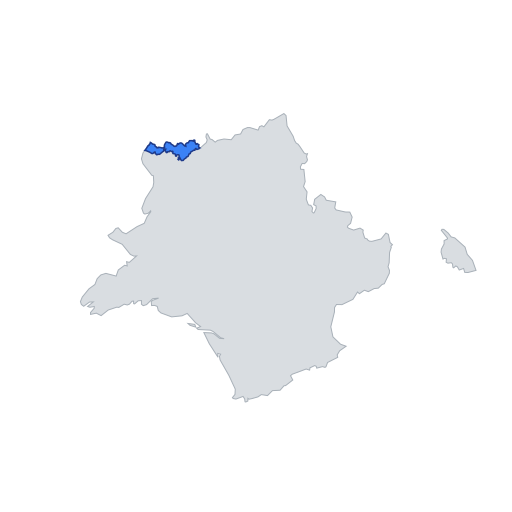 where Nord sits in France, rotated 319°
{"feature_id": "FRA-5330", "entity_name": "Nord", "entity_type": "Metropolitan department", "adm_level": 1, "iso_a3": "FRA", "parent_name": "France", "parent_adm1": "", "projection": "albers", "projection_center": [3.256, 50.528], "detail": "fine", "context": "in_parent", "style": "filled", "palette": "blue", "viewbox_px": 512, "rotation_deg": 319, "n_neighbors": 0, "source": "natural_earth", "source_scale": "10m", "svg_char_len": 7306}
<svg xmlns="http://www.w3.org/2000/svg" viewBox="0 0 512 512"><g transform="rotate(319 256 256)"><path d="M362.0,212.5L359.4,214.1L357.9,217.2L356.3,218.0L353.2,218.2L351.6,216.4L348.0,217.8L346.6,219.8L348.9,222.1L341.9,232.1L337.4,234.8L336.6,241.1L331.2,246.1L329.3,251.1L329.2,252.1L330.6,253.7L330.2,256.9L327.4,259.1L327.5,261.2L328.3,261.5L332.6,259.6L334.2,257.6L333.2,255.1L337.5,251.7L345.3,252.1L346.5,256.4L345.6,260.0L351.7,267.5L346.9,271.4L346.7,273.8L352.2,281.3L355.6,284.4L354.1,289.7L348.8,293.4L345.3,293.3L343.9,294.2L344.1,295.8L346.7,300.5L352.8,303.2L353.9,306.8L352.3,308.1L349.8,313.7L351.1,316.3L350.8,317.5L351.4,319.3L353.1,321.0L361.6,325.2L369.1,323.9L370.1,326.5L366.0,333.8L366.4,337.0L364.1,337.2L363.7,338.3L359.2,340.9L352.0,348.5L348.6,350.7L347.3,354.4L345.3,356.5L334.6,361.1L332.5,360.2L327.2,360.5L323.8,358.1L317.4,356.6L315.3,352.9L309.3,352.3L309.0,349.8L300.7,352.3L289.0,349.1L284.9,345.4L281.5,346.4L278.5,349.7L266.0,358.5L261.0,367.5L261.9,378.0L264.8,383.2L257.0,382.4L252.4,383.9L251.2,386.1L240.2,383.3L236.1,385.5L235.0,385.3L233.6,383.1L228.3,380.5L229.1,378.8L228.4,377.2L223.4,375.8L221.6,377.3L219.7,374.2L205.8,369.0L203.5,369.0L202.4,373.7L193.3,373.2L192.0,372.3L186.1,373.1L180.1,368.4L173.1,368.9L169.1,364.1L165.0,363.6L159.3,360.9L156.8,359.5L156.5,358.1L154.7,360.1L152.5,359.5L152.1,358.8L153.7,356.4L154.1,353.5L147.0,350.8L145.3,348.6L145.3,347.4L149.3,346.7L153.0,342.9L157.2,328.3L160.7,310.9L162.6,307.7L164.9,306.9L163.2,304.4L160.9,307.5L163.2,291.5L166.4,279.6L171.9,284.8L173.2,287.1L174.5,294.3L177.7,297.5L175.7,294.5L174.1,284.8L172.9,282.0L164.1,273.5L163.9,271.6L167.9,272.9L166.6,266.8L166.4,254.2L160.9,252.6L152.4,246.6L146.9,236.6L146.5,233.0L148.4,229.3L147.1,226.8L144.7,224.9L146.9,221.8L148.7,221.6L154.9,223.9L150.0,220.4L141.5,220.9L138.3,219.5L137.9,217.2L140.3,214.5L137.7,212.5L132.9,212.5L132.4,211.7L134.0,209.7L132.8,208.8L128.9,209.3L126.7,208.5L124.9,205.9L118.7,204.8L117.4,203.3L109.0,199.8L100.0,199.4L98.0,194.4L92.8,191.5L94.0,190.1L99.6,189.3L100.8,188.0L97.0,185.7L95.8,183.6L103.1,183.9L100.1,181.5L93.0,180.9L92.4,178.0L93.6,175.2L98.0,173.0L108.4,171.2L115.8,171.8L121.3,168.9L126.5,168.5L131.3,170.6L137.3,179.4L142.9,176.2L150.8,176.8L152.3,179.0L154.6,175.4L156.2,177.7L165.9,177.6L163.8,176.0L162.2,172.4L162.7,159.4L158.4,149.7L157.4,146.2L157.9,143.3L163.5,144.2L168.3,143.3L170.5,144.3L170.7,150.4L172.5,154.0L185.5,155.8L193.1,158.0L199.6,154.9L205.6,153.6L206.1,152.8L202.7,153.0L199.6,151.4L199.2,149.8L201.1,145.1L210.3,140.2L223.7,136.2L227.1,133.4L231.2,128.1L230.3,126.7L231.2,112.2L233.3,107.5L238.3,104.1L250.9,100.8L252.4,105.5L252.3,108.1L255.6,112.2L257.3,113.5L262.8,111.3L265.5,115.1L266.3,119.4L272.9,121.1L274.9,126.7L276.1,125.5L280.4,125.7L282.3,126.2L285.1,128.6L284.3,131.9L285.5,133.5L284.4,136.6L285.2,137.9L293.0,137.8L295.3,136.4L296.3,133.3L298.6,131.4L299.5,131.9L298.1,137.7L299.2,139.2L299.9,143.3L302.8,143.5L308.6,146.7L313.6,152.0L319.6,150.9L324.4,153.8L329.2,152.0L333.9,153.5L335.6,155.0L340.2,162.4L343.5,160.7L345.9,161.5L346.7,163.7L355.5,161.9L357.2,163.9L359.1,164.6L370.5,166.8L370.8,169.7L364.8,178.2L362.6,190.0L360.9,194.1L360.4,197.2L361.1,199.2L360.9,202.3L359.9,210.0L360.9,212.1L362.0,212.5ZM416.1,364.8L415.8,369.6L417.9,372.8L419.6,386.4L416.5,393.3L416.5,401.3L412.6,411.2L405.1,407.5L402.8,405.3L404.5,401.6L400.2,399.9L400.9,396.3L400.3,394.6L397.4,394.6L397.2,393.7L399.1,390.9L399.0,389.2L396.1,387.3L395.4,385.4L397.9,383.1L396.6,381.3L395.1,381.0L398.2,374.5L400.5,372.4L405.9,370.3L408.0,367.8L411.7,368.7L412.3,368.1L412.7,358.2L413.9,357.9L415.2,359.1L416.1,364.8ZM164.9,267.4L163.9,270.2L160.7,265.0L160.4,262.3L164.9,267.4Z" fill="#d9dde1" stroke="#a8b0b8" stroke-width="1"/><path d="M250.8,101.1L251.1,101.9L251.3,103.3L251.5,104.0L252.2,104.8L252.6,105.3L252.6,105.9L252.5,106.1L252.0,106.6L251.9,106.9L252.3,108.3L252.3,108.5L252.1,108.9L252.1,109.1L252.4,109.3L252.5,109.4L252.7,109.8L252.8,110.0L253.2,110.1L253.4,110.2L253.8,110.1L254.0,110.1L254.2,110.3L254.3,110.5L254.5,110.9L255.3,111.7L255.4,111.9L255.7,112.5L255.8,112.7L256.2,113.1L257.8,113.8L258.3,114.0L258.5,113.7L259.2,112.7L259.5,112.3L260.0,112.0L261.1,111.6L262.7,111.1L263.3,111.3L263.6,111.6L264.0,112.2L264.3,112.8L264.5,113.4L264.7,113.6L265.0,113.6L265.4,114.0L265.6,114.8L265.3,115.3L265.5,116.3L266.1,118.1L266.1,119.2L266.2,119.5L266.5,119.9L266.8,120.2L267.7,120.6L268.1,120.7L268.6,120.7L269.5,120.3L269.8,120.1L270.0,119.9L270.5,119.7L270.8,119.8L270.9,120.0L270.9,120.3L270.7,120.6L270.9,120.8L272.3,120.8L272.8,120.9L273.2,121.2L273.6,121.5L274.0,122.2L274.2,123.4L274.2,124.9L274.4,126.3L275.1,127.0L275.2,126.8L275.2,126.7L275.2,126.8L275.3,126.7L275.5,126.3L275.8,125.7L276.0,125.5L276.3,125.4L277.2,125.3L278.1,125.4L278.5,125.6L278.9,125.9L279.2,126.1L279.7,126.0L281.0,125.5L281.5,125.4L281.9,125.6L282.6,126.4L283.0,126.6L283.5,127.0L284.0,128.2L284.4,128.4L284.6,128.3L284.6,128.0L284.6,127.8L284.8,127.7L285.0,127.8L285.3,127.9L285.6,128.2L285.7,128.4L285.6,128.7L285.4,129.0L284.9,129.4L284.7,129.7L284.6,129.9L284.5,130.5L284.1,131.9L284.1,132.4L284.4,132.6L284.8,132.4L285.0,132.4L285.3,132.5L285.6,133.9L285.8,134.2L285.9,134.4L285.9,134.6L285.4,134.9L284.9,135.3L284.5,135.6L284.4,135.8L284.3,136.1L284.2,136.4L284.3,136.5L284.4,137.0L284.5,137.5L284.3,137.4L284.1,137.5L283.8,137.6L283.6,137.6L283.2,137.6L281.5,136.9L281.3,136.8L281.2,136.7L281.2,136.3L281.2,135.7L281.2,135.4L280.7,135.3L280.3,135.4L280.0,135.6L279.9,135.7L279.5,136.0L279.3,136.0L279.1,136.0L278.9,135.8L278.8,135.6L278.6,135.4L278.4,135.3L276.3,135.0L275.4,134.8L275.1,134.7L274.9,134.8L274.2,135.1L274.0,135.3L273.7,135.5L273.4,135.5L273.0,135.4L272.6,135.1L272.4,135.1L272.2,135.1L271.6,135.5L271.4,135.6L271.0,135.8L270.9,135.8L270.7,136.0L270.3,136.2L269.9,136.2L269.1,136.0L268.6,135.7L268.3,135.7L268.1,135.7L267.9,135.8L267.7,136.0L267.4,136.1L267.2,136.1L265.9,135.8L265.3,135.8L263.8,136.1L262.5,135.2L262.4,135.1L262.4,134.3L263.2,130.8L263.4,130.2L264.0,129.6L264.1,129.4L264.1,129.1L264.0,128.9L263.4,128.2L263.0,128.0L262.6,127.9L262.2,127.9L261.4,128.3L261.2,128.3L261.0,128.0L261.0,127.6L261.2,127.3L261.8,126.7L261.9,126.4L261.8,126.0L261.5,125.4L261.0,124.8L260.6,124.3L260.7,123.7L261.4,123.1L261.7,122.8L261.8,122.3L261.6,122.1L260.9,121.9L260.6,121.4L260.5,120.8L260.4,120.6L260.3,120.3L260.0,120.2L259.7,120.1L258.7,120.3L258.5,120.0L258.3,119.7L258.0,119.4L257.7,119.3L256.9,119.6L256.6,119.5L256.4,119.4L256.3,119.2L256.2,119.0L256.2,118.8L256.2,118.6L256.3,118.4L256.5,118.2L256.6,117.8L256.5,117.1L256.7,116.8L256.9,116.5L257.2,116.3L257.6,116.1L257.9,116.1L257.3,115.3L256.9,114.9L256.5,114.9L256.1,115.1L255.5,116.0L255.1,116.2L254.9,116.3L254.6,116.1L250.0,116.0L249.7,115.8L248.7,114.9L248.3,114.7L247.8,114.7L247.6,114.6L247.4,114.3L247.4,114.1L247.5,113.7L247.4,113.2L247.2,112.9L247.2,112.5L247.5,112.1L247.9,111.8L248.1,111.5L247.8,111.1L247.4,110.9L245.6,111.0L245.0,110.7L244.6,110.3L243.9,107.9L242.2,104.4L241.4,103.4L242.8,103.2L246.4,102.1L246.6,102.0L246.8,102.0L248.0,102.2L249.7,101.7L250.5,101.4L250.8,101.1L250.8,101.1ZM261.8,131.1L262.0,131.7L262.0,132.5L261.5,132.5L261.0,132.8L260.6,132.7L260.6,131.8L261.0,131.8L261.3,131.7L261.6,131.4L261.8,131.1Z" fill="#3b82f6" stroke="#1e3a8a" stroke-width="1.5"/></g></svg>